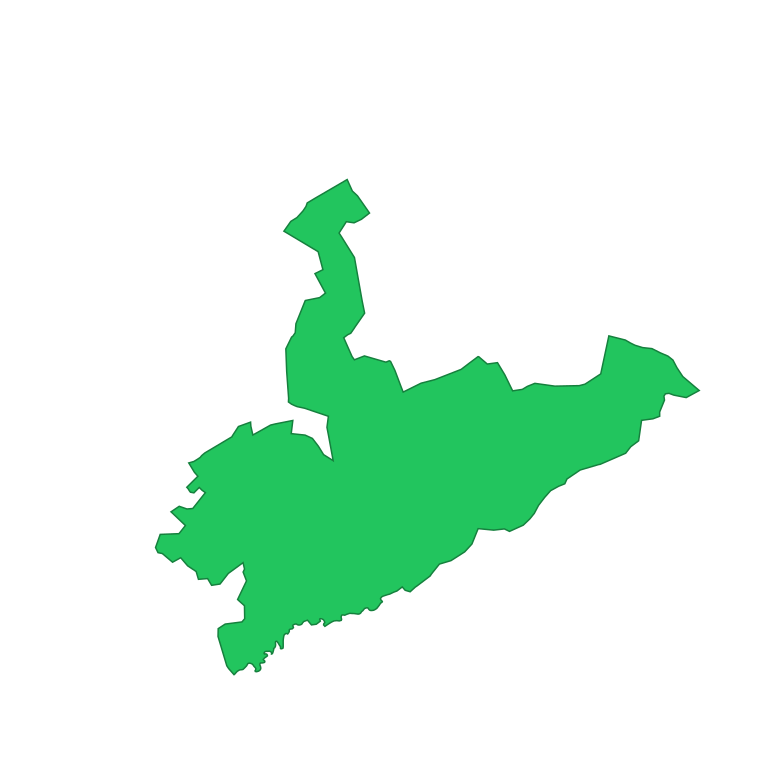 the district of Garko, Kano, Nigeria, rotated 243°
{"feature_id": "59680162B51570410917379", "entity_name": "Garko", "entity_type": "district", "adm_level": 2, "iso_a3": "NGA", "parent_name": "Nigeria", "parent_adm1": "Kano", "projection": "natural_earth1", "projection_center": [8.82, 11.564], "detail": "fine", "context": "isolated", "style": "filled", "palette": "green", "viewbox_px": 768, "rotation_deg": 243, "n_neighbors": 0, "source": "geoboundaries", "source_scale": "gbopen_adm2", "svg_char_len": 4719}
<svg xmlns="http://www.w3.org/2000/svg" viewBox="0 0 768 768"><g transform="rotate(243 384 384)"><path d="M580.2,397.8L577.6,395.1L574.9,390.2L571.8,382.0L571.2,374.8L565.6,364.2L531.8,385.4L514.2,381.6L513.6,381.5L513.7,373.2L513.7,372.6L492.0,373.1L491.6,373.2L490.3,366.5L490.2,365.8L494.1,351.9L494.1,351.7L484.5,340.7L477.7,332.9L470.0,328.2L468.1,324.7L467.7,322.9L459.9,312.5L439.4,303.0L414.5,292.5L411.4,290.7L408.1,292.4L405.5,294.4L403.3,296.3L398.5,302.2L380.5,319.8L371.3,313.5L362.3,310.9L338.8,303.9L348.5,298.1L358.2,297.3L368.0,295.5L374.3,290.5L381.9,278.8L392.9,286.2L397.8,268.9L398.9,264.3L398.1,244.0L406.8,246.2L410.6,247.8L412.2,235.0L406.6,225.3L406.0,224.6L404.5,202.1L404.4,201.0L404.2,197.3L403.9,193.0L403.0,189.1L402.0,186.8L401.6,183.3L401.3,179.4L402.3,174.2L391.4,175.0L386.3,176.3L381.5,161.4L379.7,161.9L377.2,162.1L375.5,162.4L373.3,165.2L375.7,172.4L371.8,173.7L370.3,174.5L368.3,175.5L367.3,173.3L359.9,157.1L362.1,151.7L368.0,146.0L366.8,136.2L366.3,136.4L348.1,142.8L347.8,142.2L343.7,133.4L351.6,116.3L351.0,115.7L342.0,106.2L336.3,106.1L333.6,109.5L321.2,114.7L321.5,124.0L311.1,126.5L302.2,131.5L294.2,130.0L290.7,138.5L282.9,139.0L280.2,147.1L285.9,159.3L288.8,177.3L282.4,175.7L280.8,173.6L280.4,173.1L271.0,172.1L258.9,156.3L258.4,155.7L249.8,159.0L238.1,153.3L236.5,149.4L242.2,133.5L241.3,125.2L235.5,122.1L234.4,121.5L204.3,116.0L200.9,116.4L193.1,118.4L193.4,119.7L194.0,121.1L194.6,122.8L194.8,125.5L194.2,127.1L193.9,127.8L193.7,128.9L194.4,131.2L195.3,133.7L195.9,134.6L196.7,135.7L196.5,137.2L195.6,138.4L194.2,139.5L193.1,139.8L191.4,140.0L189.8,140.5L188.6,140.6L187.5,139.8L187.1,139.0L186.3,138.8L185.6,139.6L185.3,140.7L185.1,141.9L185.2,143.2L185.7,144.3L186.7,145.2L187.9,145.6L189.0,145.8L190.1,145.8L191.1,146.6L191.5,147.2L190.5,149.5L190.2,151.2L191.1,152.0L193.3,151.3L193.8,152.2L194.2,153.6L194.4,155.4L194.7,156.7L195.4,157.0L196.6,156.8L197.3,156.0L197.7,154.9L198.4,154.8L199.1,155.4L199.5,156.4L199.3,157.7L198.5,159.3L197.9,160.7L196.8,161.6L195.6,161.8L194.5,161.2L194.4,162.1L195.2,163.1L196.3,164.1L197.5,165.2L198.4,165.6L198.7,167.1L199.1,167.5L199.8,168.4L201.4,169.3L202.6,169.7L203.7,170.5L203.7,171.2L203.4,171.7L202.6,171.9L201.5,172.1L199.8,172.2L197.9,172.3L197.1,172.6L196.5,172.4L195.8,171.8L194.9,171.9L194.5,172.8L194.5,174.1L195.5,174.8L197.4,175.8L200.8,177.5L202.3,178.4L204.4,179.9L205.7,181.0L206.3,183.0L205.8,184.1L205.0,184.7L205.9,186.5L206.7,187.4L207.9,187.9L208.2,188.9L207.9,189.9L207.5,191.0L208.0,192.7L208.8,192.9L209.8,192.8L210.5,193.5L210.6,194.8L210.4,195.9L209.8,197.1L208.9,197.5L208.5,197.9L207.8,198.8L207.3,200.6L207.5,202.1L208.2,203.1L208.8,204.8L208.3,208.6L202.3,210.0L200.7,214.6L201.6,219.6L203.7,219.9L203.9,220.5L203.5,221.3L202.8,222.1L201.7,222.9L200.4,223.2L199.4,223.1L198.3,222.9L197.8,221.6L196.8,220.8L194.9,221.3L195.4,225.6L195.7,229.2L195.6,231.9L194.6,234.5L193.2,236.6L192.8,238.6L193.6,239.4L196.0,240.0L197.2,241.4L197.0,242.4L195.8,244.1L195.7,246.3L195.2,249.5L194.4,250.7L193.0,253.2L190.7,256.5L190.3,257.9L190.5,259.2L191.4,260.8L191.6,262.1L192.8,264.8L192.4,267.1L191.9,267.9L189.6,268.3L188.8,268.7L188.1,269.5L187.5,270.9L187.1,272.1L187.1,273.8L187.2,274.9L187.4,275.9L188.2,277.6L188.8,278.9L190.2,281.4L190.4,282.5L190.5,283.3L191.0,283.8L193.4,283.2L194.3,283.4L195.1,284.6L195.4,285.6L195.4,286.9L194.7,291.5L194.2,293.8L194.1,298.2L193.7,301.6L194.9,308.1L194.6,308.2L190.6,309.2L188.2,311.7L187.0,313.0L188.7,319.2L188.8,319.4L189.1,321.8L192.0,338.0L192.3,338.6L192.5,338.6L194.3,342.5L198.4,351.6L196.2,363.5L197.8,379.7L201.5,389.7L212.4,402.2L204.0,415.4L200.2,425.5L195.7,428.9L195.0,444.0L197.6,452.7L200.5,459.2L205.7,466.6L210.0,475.6L213.3,484.0L213.6,493.2L213.0,499.8L216.3,503.9L218.3,519.8L214.8,538.5L214.7,538.9L214.3,540.1L212.6,567.9L216.1,575.4L217.8,585.1L234.7,597.0L230.9,607.8L230.1,615.0L233.9,616.9L242.3,626.6L246.1,627.9L247.5,630.3L246.3,633.7L242.5,637.2L234.7,647.1L235.1,661.9L255.0,653.6L265.7,652.4L274.2,652.3L279.9,649.7L286.5,644.2L293.9,638.8L299.0,631.0L304.6,625.2L308.9,622.0L313.6,619.0L324.8,606.2L294.6,581.7L292.6,563.0L293.9,557.2L304.5,535.3L316.1,518.7L316.8,510.7L316.4,504.8L319.5,495.5L337.3,495.8L351.5,494.8L354.9,485.1L365.3,480.8L365.7,480.2L363.8,469.2L362.0,459.4L364.8,431.3L367.9,417.4L368.1,397.4L374.1,398.0L391.2,399.9L401.2,400.1L402.3,399.2L402.6,395.6L417.9,379.3L419.0,368.6L423.0,368.0L443.0,369.1L443.5,369.1L444.4,374.1L444.3,377.4L446.7,381.9L448.2,384.5L455.9,398.9L468.1,402.3L487.5,408.2L510.1,415.1L534.3,413.0L538.9,412.5L545.7,424.1L541.2,430.5L541.0,438.7L542.9,448.7L563.7,445.8L570.3,443.4L582.9,444.0L580.8,406.7L580.2,397.8Z" fill="#22c55e" stroke="#15803d" stroke-width="1.5"/></g></svg>